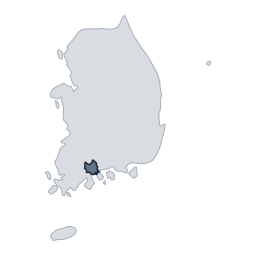 Suncheon-si, South Jeolla, South Korea (highlighted)
{"feature_id": "91817680B16002130574290", "entity_name": "Suncheon-si", "entity_type": "district", "adm_level": 2, "iso_a3": "KOR", "parent_name": "South Korea", "parent_adm1": "South Jeolla", "projection": "mercator", "projection_center": [127.399, 35.008], "detail": "fine", "context": "in_parent", "style": "filled", "palette": "slate", "viewbox_px": 256, "rotation_deg": 0, "n_neighbors": 0, "source": "geoboundaries", "source_scale": "gbopen_adm2", "svg_char_len": 4358}
<svg xmlns="http://www.w3.org/2000/svg" viewBox="0 0 256 256"><path d="M66.2,51.4L67.3,50.6L67.3,49.4L67.3,45.6L70.3,43.0L74.5,37.5L76.5,34.6L78.9,31.8L81.6,29.9L84.2,29.1L88.4,28.7L96.5,29.0L98.0,28.7L103.6,28.4L104.9,28.9L109.0,29.2L113.5,28.9L115.7,28.1L117.8,26.7L119.7,24.2L121.6,19.6L123.6,16.0L124.8,15.4L133.0,34.6L140.8,46.9L147.5,55.8L157.1,72.9L159.9,82.0L160.1,87.6L161.7,95.3L160.4,99.7L160.8,106.7L160.2,110.2L159.0,112.9L158.9,117.9L159.3,120.6L159.4,124.1L160.1,125.5L161.2,126.0L162.9,124.7L165.1,124.2L164.7,128.5L162.1,139.3L159.9,147.1L156.9,153.9L153.0,160.1L148.4,162.6L145.1,163.4L138.9,163.7L133.8,162.7L129.3,163.5L127.6,164.7L126.2,167.0L127.2,170.4L127.1,172.9L125.2,172.7L121.4,171.3L117.3,171.1L115.3,170.3L113.4,166.7L111.4,166.8L107.9,169.0L102.6,169.5L100.7,170.6L100.0,172.1L100.8,174.0L103.5,176.5L102.6,179.0L99.8,180.3L97.6,177.2L96.1,174.2L94.6,174.0L92.1,174.9L91.6,178.1L92.8,180.4L94.6,182.9L92.0,185.9L91.3,188.0L89.5,189.6L84.4,186.2L85.1,183.8L87.3,181.5L87.6,179.1L86.8,177.6L79.6,183.7L75.1,190.6L72.7,190.1L71.7,188.3L70.3,187.6L65.5,192.0L64.6,195.5L62.8,195.6L62.0,194.2L61.9,191.0L61.1,188.3L56.1,184.4L53.8,181.0L55.0,179.1L59.2,180.1L62.6,180.0L61.9,178.4L60.8,177.6L63.0,176.7L64.9,174.8L63.3,174.3L61.0,175.4L59.1,174.8L58.3,170.4L55.9,165.7L54.7,161.3L57.0,158.7L58.2,154.7L60.4,148.8L61.5,147.0L64.5,145.6L65.6,144.1L63.9,143.3L61.3,142.6L61.3,140.9L63.1,140.0L65.1,138.2L69.0,135.9L70.2,131.6L69.1,130.5L66.7,129.5L67.2,127.4L68.2,125.7L67.9,124.7L65.0,121.9L63.1,119.4L63.7,116.5L63.2,112.1L63.5,108.4L63.3,106.4L61.9,101.9L61.3,97.3L59.5,98.0L58.0,99.1L52.7,97.5L51.0,97.4L50.3,94.1L52.2,89.9L56.7,86.2L59.3,85.8L61.3,84.1L64.3,83.6L68.0,86.1L71.3,86.6L73.1,90.9L74.2,91.8L74.5,90.3L77.1,88.4L77.8,87.0L77.2,86.2L74.1,85.5L71.4,80.1L71.0,77.8L70.0,76.3L71.5,72.0L68.3,67.1L66.8,65.6L67.0,61.2L65.3,58.4L64.4,56.8L63.9,54.2L64.3,53.0L65.8,52.5L66.2,51.4ZM55.9,239.8L54.4,240.6L53.0,240.1L52.6,239.7L50.9,237.4L50.5,236.2L51.6,233.9L56.3,230.2L68.3,226.6L70.5,226.5L75.2,228.0L76.2,230.9L75.4,233.4L74.3,235.0L68.8,237.8L64.5,239.2L55.9,239.8ZM137.1,175.9L133.9,178.4L129.6,175.0L128.6,173.1L131.9,170.4L134.6,167.2L136.4,167.0L137.1,175.9ZM114.4,175.6L114.0,179.6L111.6,179.8L110.2,177.2L108.7,178.4L107.9,178.5L106.7,175.3L106.5,172.7L109.3,170.8L111.0,172.0L113.4,172.6L114.4,175.6ZM52.8,193.3L50.6,194.0L49.4,192.6L48.6,192.2L49.0,190.3L52.5,186.7L53.2,185.5L56.5,186.2L57.7,188.1L56.2,191.1L52.8,193.3ZM62.4,53.3L62.3,58.9L60.4,58.7L59.1,58.1L58.6,57.0L57.3,51.8L58.8,49.6L61.5,51.3L62.4,53.3ZM50.7,178.6L50.3,179.6L48.8,179.3L47.3,176.5L46.7,174.3L45.2,173.0L47.6,171.1L50.6,174.6L50.7,178.6ZM59.0,105.8L58.5,108.5L56.3,106.7L55.6,100.7L57.9,102.5L59.0,105.8ZM210.2,64.3L208.7,65.5L206.9,64.3L206.7,62.9L207.6,61.8L209.8,61.1L210.8,62.1L210.2,64.3ZM70.2,194.4L70.8,196.4L68.1,196.0L66.6,194.1L66.8,192.5L68.5,192.3L70.2,194.4ZM105.4,183.4L105.0,184.6L103.3,182.7L105.0,180.6L105.4,183.4Z" fill="#d9dde1" stroke="#a8b0b8" stroke-width="1"/><path d="M85.5,162.3L85.2,162.4L85.1,162.7L85.0,163.1L84.9,163.6L84.9,164.0L84.9,164.4L85.1,165.0L85.1,165.3L84.9,165.8L84.9,166.4L84.9,166.9L84.8,167.4L84.6,167.8L84.5,168.3L85.1,168.6L85.3,168.7L85.3,169.0L85.9,169.4L86.1,169.7L86.3,170.2L86.5,170.6L86.5,171.0L86.5,171.6L86.5,172.3L87.0,172.5L87.6,172.4L87.9,172.3L88.5,172.1L89.0,172.3L89.2,172.5L89.9,172.6L90.1,173.1L90.3,173.4L90.7,173.5L91.2,173.6L91.3,173.9L91.5,174.2L91.8,174.3L92.1,174.4L92.4,174.4L92.7,174.4L93.6,174.5L93.8,174.4L94.1,174.2L94.5,174.2L95.0,174.2L95.2,173.8L95.1,173.3L95.3,172.8L95.8,172.5L96.1,172.8L96.2,173.4L96.3,174.1L96.7,174.3L97.1,173.9L97.2,173.5L97.2,173.1L96.8,172.6L97.0,172.3L97.6,172.4L98.1,172.5L98.4,172.3L98.6,172.3L98.9,172.2L98.2,171.4L98.4,171.2L98.4,170.9L98.6,170.8L98.4,170.4L98.0,170.2L97.6,170.0L97.3,169.7L97.0,169.2L97.1,168.8L97.2,168.5L97.3,167.9L97.5,167.6L97.6,167.2L97.5,166.7L97.0,165.9L96.8,165.5L96.4,164.8L96.5,163.2L96.4,163.1L96.1,162.8L95.6,162.6L95.3,162.2L95.1,161.7L94.8,161.5L94.4,161.2L94.0,160.9L93.7,160.6L93.5,160.3L93.1,160.1L92.4,160.4L92.5,160.6L92.5,161.1L92.5,161.7L92.5,162.1L91.6,162.7L91.4,163.1L91.1,163.5L90.6,163.6L90.1,163.8L90.1,164.2L89.8,164.7L89.3,164.8L88.7,164.4L88.1,164.2L87.6,164.1L87.2,163.6L86.6,163.2L86.3,162.9L85.9,162.5L85.5,162.3L85.5,162.3Z" fill="#64748b" stroke="#1e293b" stroke-width="1.5"/></svg>